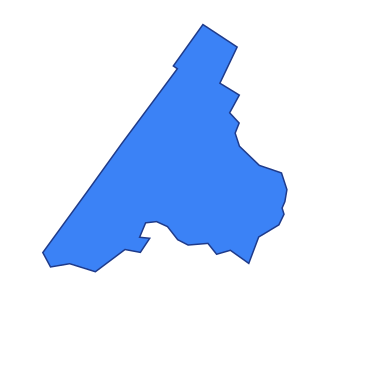 outline of Towns, Georgia, United States of America, rotated 306°
{"feature_id": "52423323B28329041515862", "entity_name": "Towns", "entity_type": "district", "adm_level": 2, "iso_a3": "USA", "parent_name": "United States of America", "parent_adm1": "Georgia", "projection": "natural_earth1", "projection_center": [-83.742, 34.892], "detail": "fine", "context": "isolated", "style": "filled", "palette": "blue", "viewbox_px": 384, "rotation_deg": 306, "n_neighbors": 0, "source": "geoboundaries", "source_scale": "gbopen_adm2", "svg_char_len": 623}
<svg xmlns="http://www.w3.org/2000/svg" viewBox="0 0 384 384"><g transform="rotate(306 192 192)"><path d="M238.8,272.8L249.7,267.4L260.0,253.2L253.1,230.8L256.9,203.5L265.0,192.3L275.5,189.6L278.2,175.9L298.2,173.3L296.4,150.6L335.8,143.3L333.9,102.4L283.0,102.8L283.1,107.7L189.6,106.7L131.1,107.0L55.3,106.9L48.2,121.6L62.1,135.2L70.7,160.7L106.1,171.6L112.8,185.7L129.7,185.0L124.6,176.2L139.8,172.6L147.2,180.7L149.6,192.5L145.0,208.5L146.8,220.0L159.8,235.1L156.1,248.5L167.4,257.3L167.6,279.9L194.8,272.4L216.5,281.6L228.1,279.5L232.0,274.3L238.8,272.8Z" fill="#3b82f6" stroke="#1e3a8a" stroke-width="1.5"/></g></svg>